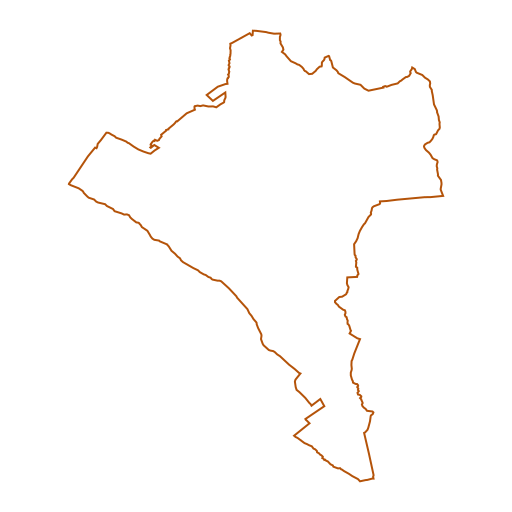 outline of Dagata, Iasi, Romania
{"feature_id": "2599482B86664490925481", "entity_name": "Dagata", "entity_type": "district", "adm_level": 2, "iso_a3": "ROU", "parent_name": "Romania", "parent_adm1": "Iasi", "projection": "natural_earth1", "projection_center": [27.196, 46.933], "detail": "fine", "context": "isolated", "style": "outline", "palette": "amber", "viewbox_px": 512, "rotation_deg": 0, "n_neighbors": 0, "source": "geoboundaries", "source_scale": "gbopen_adm2", "svg_char_len": 5965}
<svg xmlns="http://www.w3.org/2000/svg" viewBox="0 0 512 512"><path d="M69.0,183.6L68.9,184.1L70.8,185.2L78.7,188.3L82.1,190.6L83.0,191.4L83.8,192.9L87.3,196.5L88.7,197.7L94.1,199.5L96.2,201.6L98.0,202.5L105.1,204.2L106.9,206.0L113.0,209.0L114.6,211.2L121.6,213.4L124.1,214.6L126.9,214.4L129.0,215.2L130.2,217.3L131.8,218.9L136.3,222.4L138.3,222.7L139.2,223.2L139.5,223.8L140.7,225.0L141.9,227.1L147.4,230.8L150.1,235.3L150.6,236.4L152.4,238.6L154.3,239.8L159.1,240.6L159.7,241.3L167.3,244.5L167.4,245.0L168.7,246.3L171.5,250.8L175.0,253.7L177.6,256.6L180.0,258.3L181.0,260.3L183.1,262.2L193.4,268.1L198.0,270.3L199.8,272.1L203.8,274.4L205.7,275.0L208.4,277.0L210.6,277.7L211.7,279.1L212.6,279.6L217.7,280.7L219.6,280.7L221.2,281.3L228.9,288.3L236.4,296.3L237.1,297.7L247.4,309.1L249.3,313.2L251.5,315.8L253.5,319.1L256.3,322.3L256.6,322.9L256.7,324.3L258.1,328.0L261.3,334.3L261.5,335.8L261.0,339.1L262.7,343.8L263.6,345.3L268.8,350.0L270.5,350.6L273.2,351.1L274.7,352.0L277.2,354.4L280.0,356.2L289.1,364.7L294.9,369.2L299.0,372.9L300.4,373.5L295.5,379.6L295.1,380.8L294.9,381.7L295.7,387.1L296.6,389.9L299.4,392.1L305.3,397.9L309.3,402.9L310.6,404.1L311.5,405.7L320.3,399.0L324.3,406.2L305.4,419.0L305.8,419.8L306.5,420.3L309.5,423.3L294.1,435.7L295.6,437.0L297.5,437.9L304.5,443.1L307.0,444.1L309.0,445.2L311.8,446.3L313.5,448.6L315.0,449.2L316.8,450.8L317.1,452.3L319.0,453.3L320.1,454.6L321.4,455.3L322.8,456.7L322.3,458.1L323.5,458.7L324.3,460.0L325.1,459.7L326.1,460.7L327.8,461.4L330.5,464.3L332.8,465.4L333.4,466.7L338.0,468.4L340.1,468.2L341.1,469.3L342.0,469.6L343.9,471.0L348.9,473.8L352.3,476.1L358.0,479.1L360.0,481.3L365.5,480.1L367.4,479.9L372.2,478.6L373.5,478.6L373.1,476.8L373.6,475.2L368.9,453.5L364.1,432.9L365.2,432.3L367.5,429.8L368.3,427.7L370.0,421.3L370.7,416.1L370.9,415.5L372.8,414.0L373.4,412.4L372.5,411.5L367.0,410.8L365.6,408.9L363.8,407.6L362.4,406.0L361.9,404.4L362.6,403.3L362.6,402.7L361.3,399.8L361.3,399.4L360.1,398.1L361.1,397.2L361.3,396.8L361.3,396.3L359.8,394.9L358.0,394.5L357.5,392.8L358.8,391.1L357.9,389.9L358.2,389.2L358.3,388.5L357.3,387.3L357.4,386.6L357.9,386.4L358.1,386.0L358.1,385.3L357.2,384.1L355.5,383.9L353.0,382.6L352.8,381.1L352.0,379.6L350.8,375.4L350.8,372.6L351.6,370.1L351.8,368.8L351.4,365.0L351.6,361.0L352.3,359.7L354.3,353.4L360.0,339.1L357.3,338.3L349.6,333.5L351.0,330.8L350.5,330.0L349.3,325.9L348.5,324.5L347.6,323.9L347.5,322.5L347.7,320.6L347.0,319.2L346.6,317.2L345.5,316.5L344.8,314.8L345.5,313.1L345.4,311.6L344.9,310.3L343.1,309.7L338.9,306.6L337.9,305.0L336.4,303.8L335.0,302.2L335.0,300.9L339.3,297.0L342.1,296.7L346.0,294.3L346.6,293.4L346.8,292.5L347.4,292.0L347.4,291.0L348.2,289.0L348.6,287.2L347.4,285.1L346.9,283.3L347.3,277.4L357.1,276.9L357.4,275.3L358.5,274.0L357.3,269.8L357.2,267.6L356.2,267.1L355.9,266.7L356.3,262.4L355.9,260.9L356.6,259.9L356.8,259.2L355.6,257.4L355.5,255.6L354.8,255.0L354.6,254.3L354.1,244.2L356.1,241.3L357.6,238.2L358.6,234.1L359.9,230.9L362.1,227.0L363.9,224.3L365.0,223.3L368.5,217.0L371.0,214.5L371.1,213.7L370.8,212.7L371.6,210.4L372.0,208.1L372.6,207.2L373.8,206.3L379.6,204.1L380.1,203.2L379.9,201.4L386.7,201.0L397.2,199.7L424.5,197.2L430.7,197.1L443.1,195.9L440.7,189.7L440.7,188.8L441.5,184.5L441.5,183.0L441.0,180.0L437.9,175.7L438.0,174.4L437.1,169.6L437.3,168.3L436.7,166.1L436.9,164.3L437.6,162.1L437.4,161.1L437.0,160.3L434.2,159.2L432.5,158.1L430.6,154.7L428.9,152.6L426.0,150.1L424.6,148.2L424.0,146.7L424.1,145.9L424.9,144.5L427.6,142.8L429.5,142.3L431.0,140.7L432.4,138.9L433.3,137.0L433.8,135.2L434.4,134.6L436.0,134.2L436.3,133.8L438.0,130.4L439.5,128.8L439.8,127.5L439.5,124.0L439.7,122.3L438.9,120.0L438.6,116.5L437.0,112.1L437.1,111.3L436.8,110.2L434.0,104.4L432.7,95.2L431.8,91.1L431.8,89.9L429.9,86.9L429.8,85.1L430.2,83.4L429.9,81.4L427.8,79.4L425.0,77.7L422.3,75.0L416.7,72.7L415.9,71.9L414.8,69.1L412.2,67.5L411.8,69.1L410.2,71.4L410.2,72.0L410.7,73.1L409.2,75.8L407.3,76.9L405.8,77.1L402.2,79.7L401.4,80.5L399.8,81.3L397.7,83.4L391.5,84.9L387.4,86.5L386.4,86.7L385.7,86.1L385.2,86.1L383.2,86.8L383.4,87.6L368.5,90.7L364.3,88.6L360.5,84.8L354.8,83.5L352.9,82.7L344.8,77.1L338.3,73.2L337.8,71.9L336.5,70.3L332.9,67.5L331.3,61.2L331.0,60.5L330.2,60.1L329.1,56.2L328.6,55.9L324.7,57.6L324.4,59.2L323.9,60.2L322.4,61.7L321.9,62.6L321.8,65.7L321.6,66.4L319.6,66.7L316.8,69.3L315.7,70.9L312.2,73.8L309.0,74.1L305.8,71.3L304.9,71.0L304.0,70.0L303.5,68.8L301.8,66.9L299.2,64.9L297.4,64.4L295.6,63.3L290.9,61.2L286.5,56.2L285.2,54.4L281.9,51.9L283.4,49.7L282.9,47.4L280.5,43.4L280.6,41.5L279.9,40.2L279.9,36.8L280.4,35.5L280.5,34.5L280.2,33.5L274.1,33.7L268.3,32.7L266.2,32.1L256.0,30.8L252.9,30.7L252.6,35.1L251.7,35.5L249.7,33.2L232.0,43.0L230.3,43.7L230.5,45.6L230.0,48.2L230.6,50.3L230.5,54.1L230.2,54.7L230.3,55.8L229.7,57.1L229.8,57.6L229.4,58.2L230.0,59.4L229.7,59.9L228.9,60.5L229.5,63.2L228.6,65.1L228.9,65.8L229.6,66.4L229.5,67.5L228.9,68.0L229.0,68.6L228.5,69.2L228.9,70.1L228.8,70.7L229.3,71.7L228.9,73.0L228.9,73.8L228.1,74.5L228.8,76.0L228.7,77.1L228.1,77.6L228.0,78.2L227.5,78.4L227.2,79.5L227.1,81.0L227.5,83.8L225.3,84.1L217.8,86.7L206.7,95.0L212.9,100.9L225.3,92.5L225.6,97.0L225.4,97.9L224.3,100.2L224.1,102.2L223.6,102.6L220.5,104.3L216.3,107.3L213.1,106.4L208.5,106.5L203.1,105.4L200.4,106.1L197.6,105.6L194.7,106.2L194.5,106.5L194.5,108.4L194.9,109.7L186.7,113.3L177.2,121.4L176.7,121.2L176.0,121.6L175.2,122.8L173.7,124.4L168.4,128.8L168.4,129.4L166.1,130.0L166.1,130.7L161.1,134.8L161.6,136.4L159.4,138.9L158.9,140.1L157.2,140.8L155.0,139.8L154.5,141.0L153.7,140.7L152.5,141.8L150.8,144.1L150.6,144.7L152.0,145.7L150.3,147.4L150.8,147.8L154.3,145.0L158.8,147.8L154.6,150.5L150.6,153.7L148.3,153.2L143.3,151.5L138.3,149.4L133.7,146.6L128.8,143.1L127.7,142.8L126.3,141.6L121.6,139.6L116.1,137.7L114.6,136.2L111.5,134.6L109.5,133.3L108.3,132.8L106.4,132.7L100.9,140.1L97.7,143.9L97.1,147.0L96.5,148.2L95.1,147.6L87.9,156.4L73.6,177.8L72.1,179.3L69.0,183.6Z" fill="none" stroke="#b45309" stroke-width="2"/></svg>